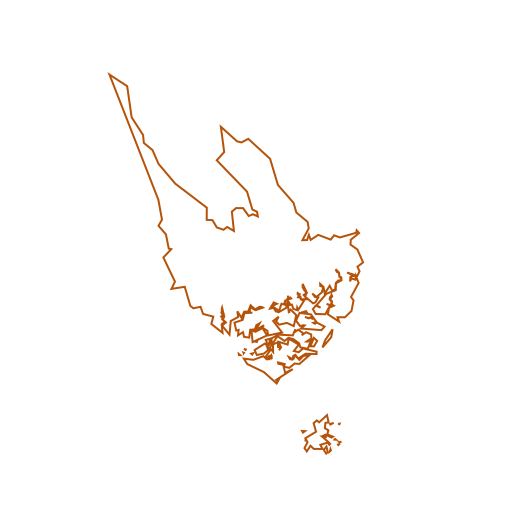 the district of David, Chiriquí, Panama, rotated 348°
{"feature_id": "35544464B4717226524239", "entity_name": "David", "entity_type": "district", "adm_level": 2, "iso_a3": "PAN", "parent_name": "Panama", "parent_adm1": "Chiriquí", "projection": "mercator", "projection_center": [-82.37, 8.424], "detail": "fine", "context": "isolated", "style": "outline", "palette": "amber", "viewbox_px": 512, "rotation_deg": 348, "n_neighbors": 0, "source": "geoboundaries", "source_scale": "gbopen_adm2", "svg_char_len": 6188}
<svg xmlns="http://www.w3.org/2000/svg" viewBox="0 0 512 512"><g transform="rotate(348 256 256)"><path d="M198.2,313.2L207.3,324.2L208.2,315.8L209.2,314.9L212.2,314.8L209.7,310.6L210.3,309.8L211.6,309.4L212.1,308.4L209.9,308.4L209.4,308.0L212.1,306.3L210.6,305.2L210.4,304.3L210.6,303.5L211.5,302.5L211.3,301.0L212.1,299.5L212.3,306.4L209.7,308.1L211.7,307.9L212.3,308.5L211.8,309.6L210.0,310.7L212.7,314.7L208.3,317.0L213.7,327.4L217.8,314.3L225.8,312.0L226.3,306.2L228.9,313.3L232.9,308.0L236.8,308.7L240.5,303.1L243.9,308.0L249.1,306.4L251.6,307.4L252.1,307.9L244.2,308.9L239.6,304.8L238.1,310.0L240.7,310.7L232.8,309.5L229.7,315.7L221.1,316.7L221.2,324.8L223.6,324.7L221.9,329.9L227.4,327.8L227.5,332.6L232.4,334.4L235.0,327.0L239.7,327.5L242.0,323.7L245.5,322.6L240.3,328.4L249.4,325.4L247.1,327.1L251.6,331.6L251.3,336.2L265.6,336.3L259.3,323.1L265.5,320.1L262.1,324.2L264.4,328.0L272.3,327.9L278.4,332.4L283.1,322.2L278.7,315.5L277.4,316.1L277.0,317.7L276.4,317.8L276.9,312.3L266.5,315.7L263.9,314.3L262.3,310.3L258.8,310.4L263.7,305.1L266.5,307.1L261.3,308.3L267.2,314.4L271.0,308.0L276.0,310.7L273.6,308.6L275.7,305.0L273.9,308.7L278.4,308.6L277.0,306.4L277.2,304.9L281.3,304.7L280.7,303.8L279.6,304.7L278.6,303.9L278.9,301.4L278.8,303.9L280.9,303.7L281.5,304.9L277.3,305.1L278.7,308.4L276.7,310.4L280.0,309.7L278.1,310.9L281.0,311.0L281.5,315.5L284.8,317.4L285.6,315.0L286.2,317.4L293.5,309.9L290.8,307.7L290.7,305.2L289.2,305.4L288.6,305.0L290.5,302.7L288.9,302.4L288.8,301.6L289.1,300.9L290.7,302.7L289.0,305.0L291.0,305.1L291.2,307.7L297.1,308.9L294.5,304.1L297.8,302.6L295.9,299.0L295.1,296.0L295.9,293.0L298.1,302.6L295.5,305.8L302.0,314.2L304.5,313.7L308.3,309.5L305.2,308.4L303.3,304.4L306.6,308.6L312.8,305.3L315.4,300.3L312.6,298.7L313.0,296.6L315.6,300.3L315.4,307.1L321.9,300.4L323.4,305.9L326.5,305.1L328.5,298.9L331.4,297.1L334.3,297.3L334.7,295.0L333.3,294.1L333.4,289.5L331.7,288.3L331.2,285.5L333.7,289.4L333.5,293.5L335.0,294.6L334.6,297.5L328.6,299.3L326.9,306.0L317.0,307.6L305.0,316.7L308.4,320.0L304.1,316.9L300.6,319.8L302.3,325.1L311.7,327.4L318.2,319.7L315.1,317.5L318.7,319.6L320.6,316.8L319.0,313.7L319.8,311.7L321.7,311.0L321.4,310.2L321.8,309.6L322.1,311.3L319.3,313.9L320.9,316.0L320.1,319.2L321.8,320.8L316.6,321.9L314.2,328.0L323.6,337.4L323.0,332.9L330.3,334.4L338.0,329.6L342.2,319.7L340.4,315.9L350.8,303.7L349.5,296.2L348.2,299.8L344.6,297.8L342.7,300.4L344.1,295.9L348.0,295.8L341.6,291.1L351.0,296.5L354.1,292.5L353.0,287.6L359.4,284.5L356.5,270.7L350.8,264.5L352.1,259.8L361.6,255.0L359.8,251.8L358.9,254.1L342.0,255.3L336.7,252.0L332.5,255.5L321.3,248.3L312.8,251.6L312.1,246.3L309.3,251.0L304.7,250.2L313.3,240.0L313.6,233.4L304.5,221.8L303.8,211.9L292.2,191.0L290.0,163.9L272.8,139.8L265.4,141.9L261.3,139.9L248.5,122.3L246.5,147.7L237.5,154.2L260.6,191.2L262.1,209.8L266.2,212.9L266.0,217.7L261.6,214.5L257.2,215.4L253.3,206.5L246.5,205.0L241.6,207.6L239.6,226.9L233.8,221.6L229.7,223.6L223.6,219.9L220.9,211.9L215.3,210.4L217.9,198.5L192.1,168.5L179.8,145.6L176.8,130.9L169.8,122.1L170.7,114.2L163.2,94.5L165.3,63.1L150.4,48.1L172.2,180.8L171.6,200.9L166.9,206.2L172.4,216.1L172.2,230.6L174.5,231.7L165.1,238.2L171.4,264.2L166.5,270.6L179.9,271.3L181.4,291.1L183.8,294.1L191.2,294.2L192.2,301.7L201.6,306.4L198.2,313.2ZM249.7,385.0L254.0,380.0L250.7,382.7L249.9,381.4L268.4,374.3L260.2,376.4L260.0,368.1L255.4,366.0L255.5,364.7L261.6,367.7L260.3,370.2L265.4,372.3L271.4,369.2L276.0,370.6L287.4,364.3L281.7,363.5L276.9,366.7L273.7,361.7L272.7,361.8L271.4,364.4L270.0,364.9L267.8,364.0L267.1,361.7L270.4,364.4L271.7,361.5L273.9,360.8L276.0,365.1L284.2,361.9L294.8,364.5L295.4,362.2L282.7,356.2L277.8,359.0L273.3,356.8L279.4,351.6L270.8,343.7L268.5,349.2L260.4,344.7L261.4,350.7L258.9,353.0L261.2,350.6L258.6,349.4L259.6,344.9L254.2,346.0L252.8,353.4L251.3,350.3L244.1,356.9L247.5,359.2L247.3,356.9L250.2,356.3L250.6,357.2L249.9,359.3L250.5,360.2L249.7,359.0L250.0,357.1L247.9,359.6L245.1,359.4L242.4,355.5L231.9,357.0L222.8,353.9L225.0,359.9L239.6,371.2L249.7,385.0ZM287.4,357.5L292.1,350.1L291.3,349.0L288.9,350.5L287.8,350.2L291.5,348.7L292.8,350.3L293.6,344.1L289.2,341.0L284.3,343.0L286.3,341.6L282.0,336.9L278.2,338.4L279.2,335.8L275.5,341.3L261.6,337.6L254.1,339.8L253.4,343.0L249.9,345.9L248.1,345.6L246.4,343.5L235.1,347.7L236.2,353.0L243.6,353.1L248.4,350.4L247.9,346.6L249.9,349.1L260.3,338.9L266.3,345.1L270.7,342.8L275.3,345.1L280.0,350.4L280.4,354.6L287.4,357.5ZM280.9,458.5L279.7,454.1L288.3,453.3L283.2,446.5L287.4,447.9L284.8,445.7L286.9,445.2L292.2,449.3L293.7,448.7L288.7,445.4L290.5,441.5L287.6,438.8L289.2,433.7L292.4,433.8L292.4,426.4L283.2,431.8L281.3,429.5L277.6,431.5L278.2,440.4L266.4,444.5L267.7,448.8L263.5,454.0L265.1,457.7L269.8,452.9L272.4,456.7L280.9,458.5ZM304.6,342.1L308.4,339.3L301.7,333.8L299.4,334.5L298.2,333.3L301.4,333.1L299.1,328.0L297.6,329.8L298.5,327.8L294.5,327.9L291.2,325.8L294.8,327.7L298.6,326.9L297.7,324.6L286.8,320.7L281.7,327.6L284.6,333.8L287.8,333.5L289.1,334.0L284.9,336.3L304.6,342.1ZM234.8,339.5L250.3,336.0L247.4,327.9L239.7,330.0L236.1,327.5L234.8,339.5ZM302.0,359.3L312.7,351.1L315.7,343.6L306.1,352.8L302.0,359.3ZM293.9,356.5L298.2,351.7L295.6,348.1L290.5,355.6L293.9,356.5ZM249.2,345.6L251.2,344.5L251.3,342.9L252.6,339.8L248.1,340.1L249.2,345.6ZM283.6,463.9L285.4,462.7L285.3,457.0L282.0,459.8L283.6,463.9ZM294.3,322.5L293.4,320.3L290.1,320.6L291.7,322.2L294.3,322.5ZM236.6,339.1L238.9,340.3L239.4,339.6L238.3,339.1L236.6,339.1ZM265.2,438.5L267.5,437.5L264.7,436.7L265.2,438.5ZM251.5,342.8L253.3,342.4L252.9,340.8L251.5,342.8ZM293.7,436.3L297.3,435.4L293.5,435.7L293.7,436.3ZM231.8,351.6L232.9,350.5L231.0,350.6L231.8,351.6ZM224.9,344.4L226.3,345.7L226.6,345.3L224.9,344.4ZM265.2,446.5L266.3,446.9L266.4,446.6L265.2,446.5ZM297.2,458.0L299.0,457.0L297.0,457.5L297.2,458.0ZM287.7,462.4L288.9,461.7L288.7,460.4L287.7,462.4ZM302.6,437.9L302.9,437.4L301.5,437.4L302.6,437.9ZM218.7,349.4L220.0,349.7L218.8,348.2L218.7,349.4ZM223.6,347.9L223.7,348.6L224.1,348.2L223.6,347.9ZM288.5,455.9L289.2,455.4L288.0,454.8L288.5,455.9ZM299.3,455.8L300.9,455.4L298.8,455.3L299.3,455.8ZM294.7,451.9L296.0,452.3L295.3,451.4L294.7,451.9Z" fill="none" stroke="#b45309" stroke-width="2"/></g></svg>